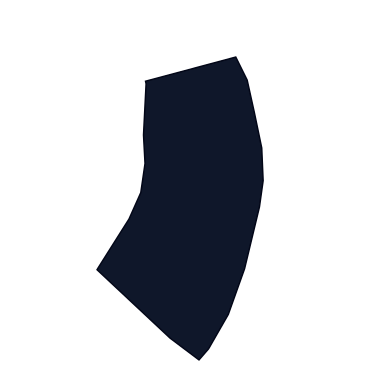 the district of 42, Ad Dawhah, Qatar, rotated 303°
{"feature_id": "91078587B68220687266900", "entity_name": "42", "entity_type": "district", "adm_level": 2, "iso_a3": "QAT", "parent_name": "Qatar", "parent_adm1": "Ad Dawhah", "projection": "equal_earth", "projection_center": [51.545, 25.262], "detail": "fine", "context": "isolated", "style": "filled", "palette": "ink", "viewbox_px": 384, "rotation_deg": 303, "n_neighbors": 0, "source": "geoboundaries", "source_scale": "gbopen_adm2", "svg_char_len": 403}
<svg xmlns="http://www.w3.org/2000/svg" viewBox="0 0 384 384"><g transform="rotate(303 192 192)"><path d="M77.7,154.6L75.1,154.7L57.5,253.3L55.0,289.3L69.5,291.3L109.1,289.1L156.2,277.9L216.2,256.7L240.2,245.5L266.9,226.5L292.8,200.8L315.9,177.3L329.0,155.2L259.6,92.7L257.7,94.6L213.4,120.3L190.3,137.1L163.6,149.4L135.0,153.9L77.7,154.6Z" fill="#0f172a" stroke="#020617" stroke-width="1.5"/></g></svg>